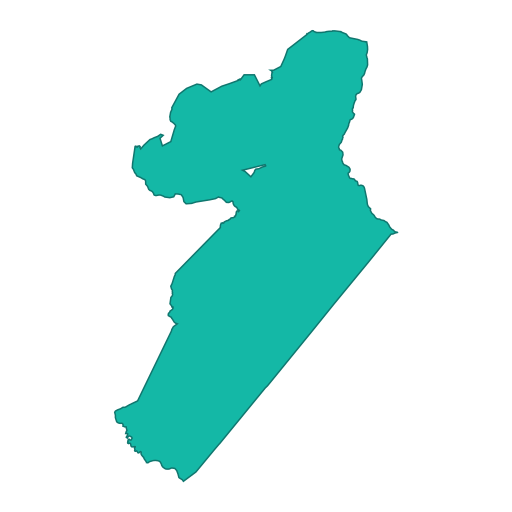 Chiredzi, Masvingo, Zimbabwe
{"feature_id": "62879985B37979176120849", "entity_name": "Chiredzi", "entity_type": "district", "adm_level": 2, "iso_a3": "ZWE", "parent_name": "Zimbabwe", "parent_adm1": "Masvingo", "projection": "natural_earth1", "projection_center": [31.656, -21.413], "detail": "fine", "context": "isolated", "style": "filled", "palette": "teal", "viewbox_px": 512, "rotation_deg": 0, "n_neighbors": 0, "source": "geoboundaries", "source_scale": "gbopen_adm2", "svg_char_len": 5996}
<svg xmlns="http://www.w3.org/2000/svg" viewBox="0 0 512 512"><path d="M146.5,462.6L147.9,462.8L149.6,461.6L153.0,460.6L155.3,460.4L157.8,460.7L159.3,461.2L160.1,461.8L161.3,463.9L161.6,465.1L162.4,466.5L163.0,467.2L164.8,468.5L165.9,469.0L167.9,469.1L169.2,469.0L171.2,468.1L171.9,468.0L174.8,468.4L176.7,470.5L178.0,474.0L178.9,477.5L179.5,478.0L182.4,479.8L183.4,481.3L195.9,472.0L214.1,450.0L219.2,444.0L219.5,443.8L265.2,388.0L267.5,385.8L312.9,330.1L334.2,303.7L368.6,261.9L390.9,234.3L391.4,234.1L392.9,234.0L395.2,233.0L397.3,232.5L397.0,232.1L395.8,232.1L395.0,231.7L393.9,230.8L393.5,230.2L391.6,229.2L389.6,226.8L388.8,225.0L386.9,222.3L385.4,221.6L383.9,220.5L381.2,220.0L379.7,219.1L377.9,219.0L376.6,218.6L375.0,217.0L374.4,215.8L373.6,214.8L371.8,213.3L370.4,210.6L370.6,208.8L368.4,206.7L367.5,204.8L367.2,203.0L366.8,199.3L364.5,188.3L364.0,187.0L363.0,185.8L361.6,185.3L360.6,185.2L359.5,185.6L358.3,185.4L357.9,184.4L357.6,182.5L357.1,181.4L355.4,180.8L354.4,179.3L353.8,178.9L352.3,178.8L351.4,178.4L350.7,178.5L349.7,178.0L348.5,175.4L348.1,173.8L348.2,173.1L349.1,172.4L349.8,171.5L350.1,169.9L350.0,169.0L349.0,167.3L346.0,165.4L344.1,164.8L342.8,163.1L342.3,161.2L341.9,160.8L341.7,158.8L343.0,154.9L342.7,152.2L340.8,150.2L339.5,149.8L339.1,148.3L338.8,148.0L338.6,147.2L338.8,146.0L339.4,144.4L341.3,142.2L342.1,139.7L342.5,139.2L342.6,138.1L343.0,137.2L342.6,136.2L343.1,135.3L344.4,134.0L344.7,133.1L347.6,128.0L348.6,125.3L348.8,123.5L349.3,122.7L350.1,119.9L350.5,119.5L351.6,119.3L352.8,118.3L353.6,117.0L354.0,115.6L354.5,114.6L354.4,114.0L353.7,113.6L352.5,112.0L352.4,111.3L352.6,110.2L352.4,109.5L352.5,108.3L353.2,107.9L353.4,105.6L354.1,103.2L355.2,100.4L355.6,100.1L356.0,99.2L355.6,96.5L356.0,94.8L357.3,93.5L358.5,93.2L359.8,92.4L361.4,89.7L362.3,84.4L361.7,79.8L361.5,79.0L361.5,78.0L362.3,76.6L363.7,75.2L364.2,74.2L364.7,73.0L364.9,71.8L366.0,68.8L366.9,67.2L367.6,64.9L367.4,59.0L367.2,58.2L366.8,57.6L366.8,56.8L366.4,55.7L366.4,54.5L367.1,52.8L367.6,49.6L367.5,46.6L366.7,41.9L365.6,41.9L365.6,41.7L361.8,41.2L359.5,40.0L358.5,39.8L358.0,39.5L349.7,37.8L348.7,37.1L348.4,36.6L347.5,35.9L347.0,35.0L346.1,34.0L341.8,32.3L341.5,32.0L340.7,31.8L340.7,31.6L334.9,30.9L332.6,30.9L332.5,31.1L331.3,31.3L329.0,31.3L326.5,31.6L325.0,32.1L321.0,32.5L316.3,32.5L316.3,32.3L314.1,31.6L313.3,30.8L312.3,30.7L311.8,30.9L310.0,32.2L308.3,33.1L307.4,34.0L306.9,33.8L306.7,34.7L287.7,49.4L285.4,56.0L284.1,59.3L280.8,66.5L273.5,70.3L270.8,70.3L272.1,71.1L271.9,71.8L272.4,72.5L272.0,72.8L271.7,74.6L271.7,75.6L271.5,75.9L272.3,77.5L272.1,78.0L271.9,77.5L271.6,77.4L271.4,77.6L271.7,78.3L271.6,78.8L271.7,79.4L266.2,81.7L261.3,83.9L260.0,85.9L254.4,74.8L244.1,74.8L240.5,79.7L240.0,79.0L238.2,79.9L238.6,80.3L229.3,83.7L221.8,86.2L211.1,91.9L201.4,84.9L196.9,84.1L186.6,88.4L179.1,94.2L171.8,107.7L172.0,109.2L170.6,112.3L169.8,116.9L170.1,118.1L170.1,119.7L170.8,121.3L172.0,121.9L173.9,123.4L175.3,124.9L175.7,126.0L174.3,129.7L170.8,141.6L162.4,145.9L160.0,138.3L163.2,135.3L160.7,134.3L157.6,136.4L154.2,137.7L151.8,138.9L150.0,139.5L144.1,145.0L140.7,148.9L140.4,148.2L139.9,147.6L140.2,146.8L139.5,145.9L138.5,146.2L138.1,146.0L137.1,147.2L136.4,146.8L135.9,146.1L135.1,146.4L132.6,163.3L132.3,167.8L133.4,169.3L134.7,172.6L136.0,174.1L136.7,175.8L140.8,177.6L142.9,178.9L144.6,179.5L145.2,180.1L145.6,180.9L145.7,184.2L147.2,185.9L147.7,186.7L148.7,189.3L149.9,190.4L151.5,191.0L152.5,191.8L153.5,193.3L154.0,194.8L154.3,195.1L155.9,195.6L159.0,195.0L160.7,195.1L163.7,196.3L164.7,197.0L169.8,197.7L173.7,196.8L175.3,193.9L178.1,194.0L181.3,194.7L183.1,197.5L183.9,201.6L186.1,203.8L191.6,203.4L196.0,202.0L209.7,199.8L215.5,198.6L218.6,196.9L219.1,197.3L221.8,197.9L223.5,199.6L224.3,200.1L226.0,202.0L226.6,202.4L228.8,202.5L230.0,202.0L231.4,201.1L232.3,201.1L233.1,202.0L233.1,203.1L233.5,204.4L234.2,205.6L235.4,206.7L236.5,207.2L237.2,208.2L237.6,209.2L239.4,210.5L238.9,211.2L238.7,210.9L238.3,211.4L238.1,210.8L237.9,210.7L236.8,211.1L236.2,212.2L236.4,213.1L236.0,213.9L236.1,214.4L235.8,214.8L235.6,215.8L234.6,216.2L234.8,216.9L233.0,217.8L232.4,217.7L230.9,218.0L230.1,219.2L229.4,219.3L228.8,220.0L228.5,220.0L228.4,220.4L226.5,220.8L224.4,221.9L224.0,222.2L223.8,222.9L223.2,223.2L222.5,222.8L222.0,223.2L221.3,223.1L220.6,224.6L220.3,226.2L220.4,227.4L220.0,227.7L219.7,228.5L219.0,228.9L213.3,234.7L175.3,273.4L175.2,274.9L174.4,276.3L172.1,283.6L170.8,286.2L171.5,288.9L172.4,290.1L172.3,292.1L172.6,292.8L172.3,293.4L172.6,294.3L172.6,294.8L172.0,296.2L170.9,297.4L170.0,303.8L171.6,305.9L171.9,306.9L172.9,306.9L173.0,307.1L172.6,307.6L173.0,308.0L173.0,308.3L172.4,309.4L172.0,309.6L171.7,310.0L170.1,311.0L169.6,312.4L168.5,313.3L168.2,314.6L168.3,315.6L171.4,317.4L171.7,318.3L172.2,318.8L174.3,322.2L175.6,323.2L177.3,323.8L173.4,326.7L171.8,329.5L171.4,331.1L137.6,400.9L129.6,404.7L125.1,407.3L122.9,407.3L120.7,408.7L117.5,409.9L115.4,411.1L114.7,412.3L115.4,415.1L115.4,417.7L116.7,421.8L118.2,422.9L119.9,423.3L122.0,423.3L122.6,423.7L123.2,425.0L122.9,426.1L124.9,426.9L126.0,426.8L126.2,427.1L126.3,428.1L127.0,430.5L126.4,431.2L125.7,433.5L127.2,433.5L127.7,433.7L127.7,434.3L127.0,436.1L126.5,436.7L126.3,437.4L127.3,438.0L127.6,437.7L127.7,437.2L129.0,436.0L129.6,436.0L130.9,436.6L131.7,437.2L132.0,437.9L132.0,438.6L131.6,439.0L131.2,439.9L130.2,440.1L129.2,439.2L128.3,439.3L128.3,439.9L127.9,440.8L127.8,441.6L128.1,441.8L127.6,442.8L127.7,443.1L128.5,443.6L129.8,443.2L130.4,443.5L130.6,443.9L131.0,446.0L131.7,446.8L132.9,446.9L134.3,446.6L135.2,446.7L135.2,447.1L134.5,447.9L134.6,448.7L135.0,449.4L134.6,450.4L134.9,451.1L135.6,451.3L136.7,450.9L138.1,452.9L138.9,452.8L140.3,451.6L140.6,451.6L141.0,451.9L141.2,452.4L141.0,453.7L141.4,454.7L142.8,456.6L143.7,457.4L144.1,458.7L146.5,462.1L146.5,462.6ZM242.5,170.2L265.1,164.6L265.7,165.8L265.6,166.1L262.7,166.9L258.7,168.8L255.9,169.1L255.3,169.7L254.7,170.7L254.2,172.4L250.9,176.8L245.2,171.6L242.5,170.2Z" fill="#14b8a6" stroke="#0f766e" stroke-width="1.5"/></svg>